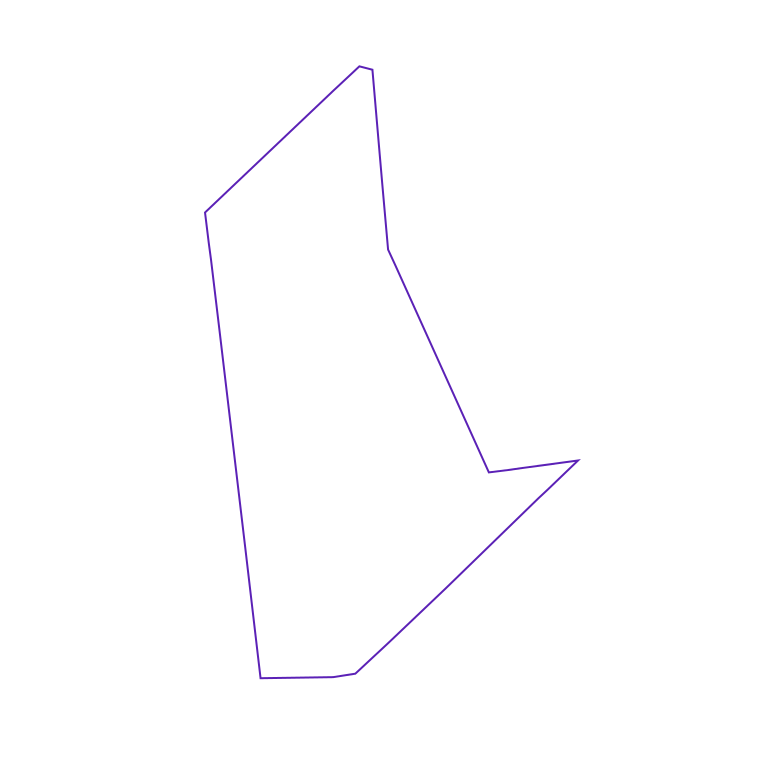 outline of Carneiros, Alagoas, Brazil, rotated 279°
{"feature_id": "56859067B63181895111760", "entity_name": "Carneiros", "entity_type": "district", "adm_level": 2, "iso_a3": "BRA", "parent_name": "Brazil", "parent_adm1": "Alagoas", "projection": "robinson", "projection_center": [-37.355, -9.473], "detail": "fine", "context": "isolated", "style": "outline", "palette": "violet", "viewbox_px": 768, "rotation_deg": 279, "n_neighbors": 0, "source": "geoboundaries", "source_scale": "gbopen_adm2", "svg_char_len": 463}
<svg xmlns="http://www.w3.org/2000/svg" viewBox="0 0 768 768"><g transform="rotate(279 384 384)"><path d="M693.9,310.0L665.8,288.1L525.4,180.4L495.4,189.0L479.7,193.7L409.9,213.5L200.5,272.6L74.1,308.1L86.5,379.6L93.4,401.0L129.7,429.4L191.9,477.0L295.7,554.7L304.9,561.9L338.8,587.6L322.7,533.8L318.5,520.2L313.1,501.4L439.0,418.7L502.9,376.7L517.4,367.0L581.3,351.0L615.9,342.4L692.6,323.4L693.9,310.0Z" fill="none" stroke="#5b21b6" stroke-width="2"/></g></svg>